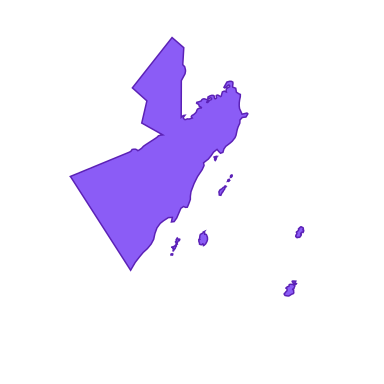 the district of Mersing, Johor, Malaysia, rotated 57°
{"feature_id": "92858781B22606211621135", "entity_name": "Mersing", "entity_type": "district", "adm_level": 2, "iso_a3": "MYS", "parent_name": "Malaysia", "parent_adm1": "Johor", "projection": "equal_earth", "projection_center": [104.05, 2.354], "detail": "fine", "context": "isolated", "style": "filled", "palette": "violet", "viewbox_px": 384, "rotation_deg": 57, "n_neighbors": 0, "source": "geoboundaries", "source_scale": "gbopen_adm2", "svg_char_len": 6054}
<svg xmlns="http://www.w3.org/2000/svg" viewBox="0 0 384 384"><g transform="rotate(57 192 192)"><path d="M72.2,185.3L91.0,180.2L106.8,196.6L128.2,185.4L127.1,187.7L126.6,189.6L127.0,191.2L127.1,193.3L127.1,204.7L127.2,207.8L127.9,210.5L128.0,213.1L127.9,214.9L126.7,215.2L125.5,215.9L124.5,217.3L123.7,219.1L124.5,220.8L124.5,222.6L112.7,285.6L113.5,285.5L224.2,286.1L220.1,277.9L217.9,271.6L216.1,265.8L215.2,260.3L213.4,254.6L210.8,249.9L206.7,245.8L203.0,240.9L201.0,235.7L200.6,231.3L200.6,225.8L202.6,222.3L205.9,225.6L207.1,223.1L205.5,219.0L199.6,210.2L199.6,206.9L201.4,205.8L202.2,204.2L200.2,201.2L197.3,197.4L194.7,195.7L191.2,192.7L186.0,185.6L182.1,179.0L178.8,171.3L176.4,167.5L173.8,166.4L173.3,160.4L171.9,156.0L170.3,152.2L169.9,147.8L172.7,147.5L175.0,147.0L175.6,144.5L173.3,141.8L172.1,138.8L171.7,133.3L171.3,130.6L169.9,126.4L168.5,124.3L164.4,120.2L162.6,118.0L160.3,114.4L157.7,112.5L156.9,109.2L158.5,105.9L156.9,102.6L155.7,102.9L154.0,107.6L147.9,106.7L145.3,105.4L142.8,103.7L140.6,101.8L138.4,99.6L136.5,98.3L135.3,99.1L132.5,100.4L128.8,98.8L126.3,100.7L125.6,100.5L123.5,98.7L122.1,97.9L120.7,98.6L119.6,100.2L118.8,102.8L121.6,108.2L122.5,107.9L122.7,106.0L122.2,104.4L122.3,102.8L123.1,102.5L124.2,103.1L124.1,105.1L124.3,107.0L125.7,108.3L126.8,108.7L124.9,110.0L124.6,112.0L126.5,114.2L127.4,115.0L127.6,116.0L124.8,117.5L124.4,118.2L124.3,119.1L125.4,119.8L126.1,119.9L126.6,120.4L126.6,121.6L126.0,122.1L124.8,121.8L123.5,121.1L122.5,121.6L121.6,123.0L121.2,124.4L121.0,126.8L122.1,127.7L122.9,127.0L123.2,125.0L124.0,124.5L124.8,125.0L125.0,125.9L124.6,127.3L125.1,128.5L125.5,130.1L124.9,130.8L124.3,130.1L124.2,128.9L124.1,128.1L121.6,130.0L120.6,130.9L120.0,131.9L119.9,133.3L120.6,134.8L120.1,137.0L119.4,139.1L120.0,139.8L120.9,139.5L122.0,138.7L124.2,139.2L125.2,138.4L126.3,138.1L126.6,138.6L125.9,139.7L125.6,140.7L125.5,142.2L126.1,143.4L127.1,144.6L127.6,145.9L128.0,148.6L127.8,150.1L128.2,151.4L129.0,151.7L130.1,151.5L129.3,154.6L128.1,156.1L127.9,157.5L127.5,158.5L126.1,159.0L125.4,159.0L124.6,158.5L123.8,156.2L123.1,157.8L123.5,160.4L92.8,140.3L89.1,133.5L87.2,131.7L86.1,131.0L83.0,129.9L80.2,130.4L66.5,120.3L51.6,124.6L72.2,185.3ZM231.9,202.9L231.7,204.4L232.1,204.5L232.3,205.2L232.1,208.1L233.2,209.4L234.4,210.3L235.0,211.1L235.9,211.2L235.7,211.7L235.7,212.3L237.3,213.2L239.0,213.6L239.8,214.1L240.4,213.8L241.3,213.0L241.5,212.5L241.3,211.2L241.7,211.0L243.2,211.6L243.3,210.9L242.9,208.7L241.7,206.5L240.8,205.4L240.2,204.8L238.3,203.7L235.9,203.2L235.2,203.3L234.4,204.4L233.2,203.6L232.2,203.6L231.9,202.9ZM328.3,160.0L328.5,159.8L328.5,159.3L328.3,158.8L327.8,158.4L327.2,157.3L326.4,156.7L326.2,156.4L325.7,156.2L325.5,156.6L325.8,157.1L324.3,157.8L324.0,158.4L322.9,159.8L322.7,160.5L322.7,161.0L323.7,161.8L323.7,162.6L323.4,163.5L323.5,164.5L323.7,164.9L323.6,165.4L323.8,165.6L324.3,165.2L325.3,165.2L326.2,165.8L326.7,166.5L326.7,166.9L326.9,167.9L327.3,168.7L327.4,169.9L328.1,170.4L329.5,170.3L331.2,168.5L331.8,167.6L332.0,167.0L332.0,166.4L332.0,164.3L332.4,162.2L331.9,161.5L331.6,161.3L331.1,161.2L330.4,160.6L329.5,160.2L328.7,160.7L328.3,160.0ZM283.4,118.6L282.6,118.3L282.0,118.5L281.6,118.9L280.9,119.1L280.4,119.8L280.5,120.3L280.5,121.0L280.8,121.3L280.8,121.7L280.7,122.0L280.9,122.5L281.0,122.9L281.7,122.9L282.1,123.6L282.4,124.8L282.4,126.1L282.9,126.5L283.2,126.4L283.9,126.6L284.4,127.2L284.5,127.8L284.8,128.0L285.0,128.6L285.5,128.8L285.6,129.1L286.0,129.3L286.9,128.8L287.3,128.9L287.6,128.7L287.5,128.3L287.8,127.5L288.3,127.2L288.6,126.2L288.3,125.4L288.1,125.1L288.1,124.7L287.9,124.5L287.8,124.2L287.5,124.1L287.5,123.7L287.4,123.6L286.9,123.4L286.5,123.6L286.4,123.5L286.2,123.6L285.9,123.3L285.8,122.8L286.0,122.5L286.0,122.0L285.6,121.7L285.9,120.9L286.3,120.7L286.0,120.4L285.9,120.0L285.2,119.3L284.9,119.3L284.5,119.5L284.1,119.6L284.0,119.3L284.1,119.1L284.0,118.9L283.7,118.9L283.4,118.6ZM205.7,160.4L204.9,160.9L204.9,161.1L205.2,161.5L205.4,162.1L205.2,163.2L205.6,165.3L205.6,166.0L205.4,166.6L205.5,167.5L206.5,169.3L206.7,169.5L207.2,169.6L209.4,170.8L210.1,170.1L210.5,169.6L210.2,169.1L209.8,168.7L209.5,168.0L209.3,167.9L209.0,167.0L208.6,166.7L208.7,165.8L208.0,165.0L207.7,164.1L207.6,163.6L207.3,163.0L206.2,161.8L206.1,161.5L206.2,160.8L206.0,160.7L205.7,160.8L205.7,160.4ZM225.0,228.0L224.8,228.0L224.7,228.8L224.5,229.3L223.3,229.2L222.5,229.4L223.4,231.3L223.7,231.3L224.5,231.9L224.7,232.9L224.9,233.0L225.2,232.7L226.0,233.2L227.0,233.4L227.3,233.7L227.8,235.7L227.8,236.9L227.0,239.6L227.9,238.5L228.7,238.3L228.9,238.6L229.1,238.5L229.2,238.8L229.4,238.7L229.5,238.9L230.1,238.9L230.6,239.3L230.8,239.8L231.0,240.0L231.2,239.9L231.2,239.3L230.9,238.9L230.6,238.9L230.4,238.7L230.5,238.3L230.4,238.2L230.5,237.8L230.1,236.7L229.4,235.9L228.8,234.5L228.3,234.6L227.9,234.2L227.6,233.2L227.6,232.9L227.7,232.7L226.8,232.4L226.6,232.2L226.5,231.8L226.2,231.4L225.6,230.2L225.6,229.7L225.9,229.1L225.0,228.0ZM323.7,154.5L323.7,154.0L323.3,153.5L321.5,156.0L321.4,156.5L321.7,156.8L322.3,156.8L322.7,156.6L323.1,156.6L323.3,156.7L324.2,156.6L324.9,155.7L325.9,155.2L326.0,154.8L325.7,154.3L325.0,155.0L324.1,155.0L323.7,154.5ZM176.8,153.7L176.8,153.4L176.4,152.8L176.3,152.2L175.9,152.0L175.7,151.9L175.7,151.7L175.2,152.3L175.3,152.8L174.9,153.4L174.7,154.5L175.5,154.6L176.2,154.3L176.4,154.4L176.8,155.2L177.5,155.2L177.9,155.5L178.3,155.4L178.1,154.8L177.5,153.7L177.2,153.9L176.8,153.7ZM199.8,149.7L199.4,149.3L199.2,149.6L199.3,150.0L199.2,150.5L199.6,151.0L200.0,151.2L200.1,151.5L200.5,151.7L201.0,151.5L201.0,150.8L200.9,150.5L200.7,149.8L200.4,149.6L200.2,149.4L199.8,149.7ZM202.5,154.1L201.7,153.9L201.7,154.0L201.3,154.7L201.3,154.9L201.6,155.3L201.6,155.6L201.8,155.8L202.2,155.9L202.3,156.1L202.4,155.7L202.9,155.8L203.0,155.6L203.1,155.0L202.7,154.5L202.6,154.4L202.7,154.1L202.5,154.1ZM234.2,242.9L234.3,242.7L234.2,242.5L233.8,242.1L233.3,241.9L233.2,242.5L232.6,243.0L232.7,243.5L232.9,243.5L233.2,243.8L233.5,243.9L233.6,243.2L234.0,242.9L234.2,242.9Z" fill="#8b5cf6" stroke="#5b21b6" stroke-width="1.5"/></g></svg>